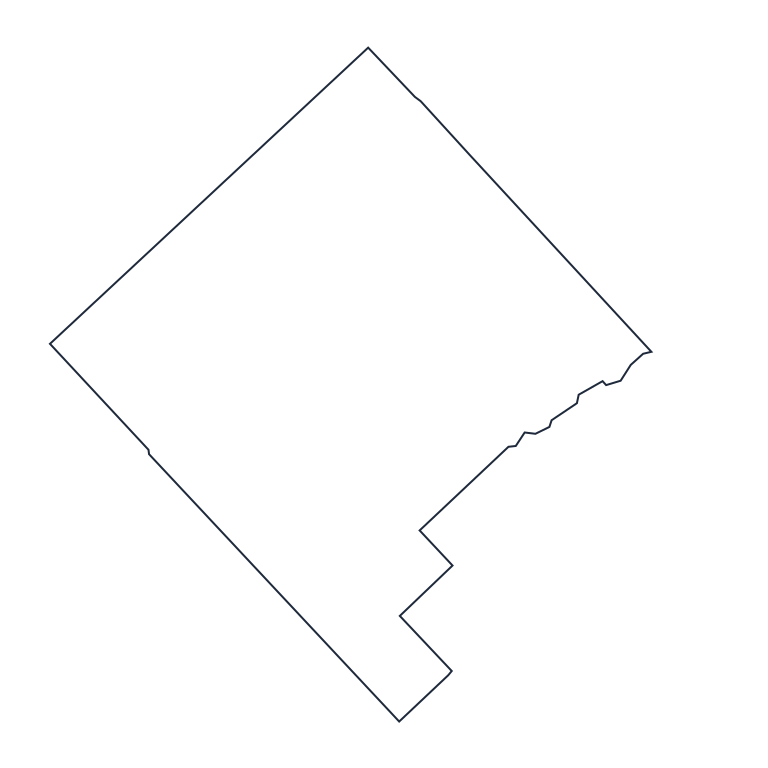 Otero, Colorado, United States of America, rotated 137°
{"feature_id": "52423323B42368002291808", "entity_name": "Otero", "entity_type": "district", "adm_level": 2, "iso_a3": "USA", "parent_name": "United States of America", "parent_adm1": "Colorado", "projection": "natural_earth1", "projection_center": [-103.809, 37.955], "detail": "fine", "context": "isolated", "style": "outline", "palette": "slate", "viewbox_px": 768, "rotation_deg": 137, "n_neighbors": 0, "source": "geoboundaries", "source_scale": "gbopen_adm2", "svg_char_len": 502}
<svg xmlns="http://www.w3.org/2000/svg" viewBox="0 0 768 768"><g transform="rotate(137 384 384)"><path d="M164.3,565.8L165.6,572.8L166.2,640.8L600.9,641.2L601.1,496.5L603.7,492.9L603.1,126.8L535.6,127.2L530.2,127.9L530.6,203.6L457.7,204.5L457.8,252.6L335.8,253.2L329.9,248.8L314.2,252.6L307.2,244.3L292.3,239.8L286.1,243.2L256.0,238.4L248.9,243.4L222.2,237.0L222.3,231.7L208.7,225.0L190.5,229.7L173.9,229.4L166.5,225.2L165.1,492.7L164.3,565.8Z" fill="none" stroke="#1e293b" stroke-width="2"/></g></svg>